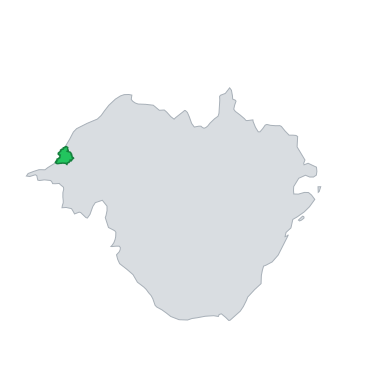 Andoung Meas, Rôtânôkiri, Cambodia shown in context, rotated 230°
{"feature_id": "14789045B1558360713921", "entity_name": "Andoung Meas", "entity_type": "district", "adm_level": 2, "iso_a3": "KHM", "parent_name": "Cambodia", "parent_adm1": "Rôtânôkiri", "projection": "natural_earth1", "projection_center": [107.29, 13.96], "detail": "fine", "context": "in_parent", "style": "filled", "palette": "green", "viewbox_px": 384, "rotation_deg": 230, "n_neighbors": 0, "source": "geoboundaries", "source_scale": "gbopen_adm2", "svg_char_len": 5909}
<svg xmlns="http://www.w3.org/2000/svg" viewBox="0 0 384 384"><g transform="rotate(230 192 192)"><path d="M310.7,75.4L311.5,78.4L309.5,84.1L307.4,89.2L303.5,93.7L303.4,97.0L302.0,106.9L302.5,110.0L303.4,112.7L304.7,114.1L308.1,123.7L311.2,132.5L314.2,139.7L314.7,144.3L312.0,155.8L308.7,166.4L309.0,171.7L310.4,177.0L311.9,184.0L312.4,193.0L311.6,198.9L310.2,202.6L307.3,206.3L304.9,208.2L302.0,205.0L299.6,204.9L296.5,205.8L294.0,207.3L289.0,212.8L283.4,218.1L275.6,219.5L272.6,223.5L269.4,224.0L263.3,224.2L259.3,225.1L259.5,227.1L259.2,236.5L259.2,238.8L258.6,239.3L255.9,239.6L251.2,238.2L244.8,235.8L240.3,235.5L238.0,239.6L236.6,241.2L234.9,241.4L233.1,242.2L232.5,244.0L232.4,246.3L233.2,250.2L233.6,256.4L233.3,260.7L235.0,263.3L244.6,272.4L247.5,274.6L247.8,276.0L246.1,280.9L247.6,287.8L244.6,287.6L239.5,284.7L237.1,282.9L234.2,284.3L233.2,284.0L231.2,280.6L228.6,277.2L225.9,277.0L220.3,278.3L214.5,279.3L212.3,279.3L211.4,279.9L208.1,285.0L206.7,284.1L200.8,282.2L195.5,281.4L194.4,282.8L195.1,287.0L196.2,291.1L195.6,292.8L192.6,295.0L188.8,298.9L186.4,301.9L184.8,302.6L178.9,302.5L173.1,302.9L170.7,305.8L168.5,308.0L166.6,308.6L159.0,301.5L143.9,299.1L142.2,296.0L140.8,295.3L139.4,299.4L131.0,303.3L127.5,300.9L125.0,298.1L125.4,294.6L127.8,291.8L131.9,289.7L133.9,282.6L130.8,273.4L128.0,270.8L125.1,268.7L122.0,272.1L119.4,277.9L116.7,280.9L112.9,281.6L107.4,281.3L105.2,272.6L104.6,265.2L105.3,256.7L106.2,251.6L100.9,244.7L100.6,238.1L98.0,234.6L97.3,236.4L97.3,238.3L96.6,236.9L88.3,217.5L86.9,208.5L88.4,201.5L89.2,199.2L86.8,195.6L83.4,191.4L77.4,186.0L77.0,177.4L75.7,167.2L73.9,163.8L71.2,157.6L69.7,152.4L69.3,138.7L70.0,137.6L74.3,137.2L79.8,136.2L80.7,134.0L79.7,132.2L83.3,129.1L88.3,122.3L92.3,115.2L95.1,110.7L96.8,106.3L102.5,100.0L110.3,95.7L115.6,94.6L121.1,93.2L126.4,91.1L128.9,90.9L135.5,93.4L139.0,94.1L142.8,94.0L146.6,94.3L150.0,94.0L158.0,92.2L166.6,93.7L174.2,92.5L183.6,90.5L188.2,91.8L192.4,93.8L193.0,98.0L194.0,99.9L195.4,101.4L197.3,101.4L199.7,98.5L201.7,95.5L202.4,94.9L202.5,96.4L203.4,99.6L205.2,102.8L207.0,105.0L210.1,107.8L212.0,107.9L218.5,105.2L228.1,109.1L229.3,111.1L232.4,115.0L235.8,117.8L243.3,118.0L246.0,111.1L244.7,106.8L240.4,99.4L239.3,95.1L240.6,94.3L247.9,93.5L249.1,92.6L250.7,87.9L252.7,88.4L256.7,89.0L261.0,85.7L263.5,82.3L264.9,83.9L266.4,86.3L268.0,87.7L271.1,89.8L274.5,92.7L276.6,95.5L278.3,96.6L282.6,95.8L283.8,95.9L286.3,92.5L288.0,90.6L289.5,91.1L291.7,91.1L296.2,86.7L298.8,82.6L300.2,81.5L304.3,83.6L305.9,83.1L308.2,77.6L310.7,75.4ZM102.4,261.2L101.6,261.7L100.8,261.7L100.0,260.9L100.1,257.7L100.7,255.8L102.1,255.5L102.4,261.2ZM115.0,291.9L113.3,294.0L110.6,289.7L110.6,288.5L115.0,291.9Z" fill="#d9dde1" stroke="#a8b0b8" stroke-width="1"/><path d="M302.4,106.5L302.1,106.6L301.9,106.6L301.7,106.6L301.5,106.4L301.4,106.4L301.1,106.5L300.9,106.7L300.4,106.9L300.3,107.0L300.1,107.3L299.9,107.6L299.7,107.9L299.6,108.0L299.4,108.3L299.3,108.5L299.1,108.9L298.9,109.1L298.8,109.4L298.6,109.6L298.5,109.8L298.4,109.9L298.2,110.1L298.2,110.3L297.9,110.5L297.7,111.0L297.5,111.3L297.2,111.6L297.0,111.8L296.4,112.5L296.1,112.7L295.9,113.0L295.7,113.2L295.5,113.4L295.2,113.6L294.5,113.7L294.4,113.8L294.2,113.8L294.2,114.0L294.3,114.0L294.2,114.0L294.3,114.1L294.2,114.3L294.1,114.5L294.3,114.6L294.2,114.6L294.3,114.7L294.4,114.8L294.4,115.0L294.4,115.3L294.2,115.4L294.2,115.5L294.1,115.8L294.0,116.1L294.0,116.3L294.0,116.5L293.9,116.6L294.0,116.7L294.0,116.9L294.0,117.0L293.9,117.0L293.8,117.3L294.0,117.5L294.0,117.4L294.1,117.5L294.1,117.8L294.2,118.0L294.3,118.3L294.3,118.5L294.2,118.6L294.3,118.6L294.3,118.8L294.2,118.7L294.2,118.8L294.3,118.9L294.2,118.9L294.1,119.1L293.9,119.2L293.8,119.3L293.7,119.6L293.8,119.6L293.9,119.9L293.8,120.0L293.8,120.3L293.8,120.6L293.9,120.8L294.0,120.9L294.1,121.1L294.2,121.3L294.1,121.5L294.0,121.8L294.2,122.0L294.1,122.4L294.1,122.5L294.0,122.8L294.0,123.0L294.3,123.1L294.5,123.0L295.0,123.0L295.2,122.9L295.4,122.6L295.5,122.5L295.8,122.5L296.0,122.7L296.2,122.8L296.3,122.9L296.6,123.2L296.8,123.2L296.9,123.3L297.1,123.3L297.4,123.3L297.6,123.3L297.8,123.3L297.9,123.5L298.0,123.5L298.0,123.8L298.3,123.9L298.3,124.0L298.5,124.1L298.7,123.9L298.8,123.9L298.8,124.0L299.1,124.0L299.4,124.1L299.6,124.2L299.7,124.3L300.2,124.3L300.3,124.3L300.8,124.3L300.9,124.2L301.2,123.9L301.6,123.7L301.9,123.5L302.2,123.4L302.5,123.2L303.4,122.5L303.5,122.5L303.4,122.9L303.4,123.2L303.4,123.6L303.4,123.9L303.5,124.0L303.9,124.1L304.0,124.1L304.4,124.1L304.5,124.2L304.9,124.4L305.2,124.6L305.4,124.7L305.8,125.2L306.0,125.4L307.6,124.9L307.7,124.6L307.9,124.3L308.0,124.2L308.0,123.9L308.1,123.7L307.8,123.4L307.8,123.2L307.8,122.9L308.0,122.8L308.0,122.7L308.3,122.4L308.6,121.8L308.6,121.7L308.4,121.4L308.2,121.2L307.9,121.0L307.8,120.9L307.7,120.9L307.7,120.7L307.9,120.3L308.0,120.2L308.4,119.8L308.5,119.7L308.5,119.2L308.5,118.9L308.5,118.7L308.6,118.4L308.6,118.2L308.4,118.0L308.0,118.0L307.9,118.0L307.9,117.9L307.9,117.7L307.7,117.6L307.7,117.1L307.7,116.6L307.7,116.2L307.8,116.0L307.8,115.8L307.7,115.5L307.7,115.3L307.8,114.9L307.6,114.8L307.5,114.6L307.4,114.5L307.3,114.4L307.3,114.0L307.2,113.9L306.9,113.9L306.8,114.0L306.7,114.1L306.6,113.9L306.4,113.9L306.3,114.0L306.2,114.0L305.9,114.0L305.7,114.1L305.5,114.3L305.4,114.3L305.2,114.3L305.2,114.2L304.9,114.2L304.6,114.2L304.6,114.3L304.0,113.6L303.9,113.5L303.7,113.2L303.4,112.9L303.2,112.8L303.2,112.6L303.2,112.2L303.3,112.1L303.5,112.1L303.6,111.9L303.6,111.5L303.5,111.0L303.5,110.9L303.6,110.7L303.5,110.4L303.7,110.2L303.8,110.0L303.9,109.9L303.8,109.5L303.8,109.4L303.9,109.2L304.0,109.2L303.9,109.2L303.7,109.2L303.5,108.9L303.4,108.8L303.3,108.7L303.2,108.5L303.1,108.4L302.9,108.3L302.9,108.2L302.8,108.3L302.8,108.2L302.7,108.1L302.6,107.9L302.4,107.9L302.3,108.0L302.2,107.9L302.2,107.7L302.3,107.2L302.3,106.9L302.4,106.7L302.4,106.5Z" fill="#22c55e" stroke="#15803d" stroke-width="1.5"/></g></svg>